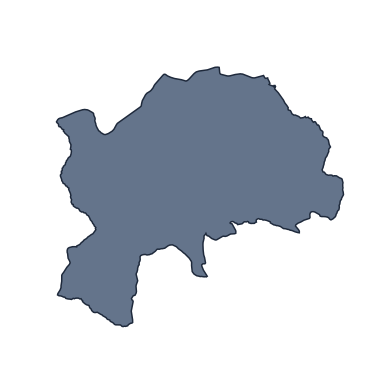 outline of Bumula, Western, Kenya, rotated 80°
{"feature_id": "3690345B11418167735466", "entity_name": "Bumula", "entity_type": "district", "adm_level": 2, "iso_a3": "KEN", "parent_name": "Kenya", "parent_adm1": "Western", "projection": "albers", "projection_center": [34.469, 0.568], "detail": "fine", "context": "isolated", "style": "filled", "palette": "slate", "viewbox_px": 384, "rotation_deg": 80, "n_neighbors": 0, "source": "geoboundaries", "source_scale": "gbopen_adm2", "svg_char_len": 5980}
<svg xmlns="http://www.w3.org/2000/svg" viewBox="0 0 384 384"><g transform="rotate(80 192 192)"><path d="M235.0,50.4L232.8,49.6L230.7,49.4L229.5,48.5L227.2,47.8L226.2,47.3L225.3,46.2L224.0,45.7L221.0,43.3L218.5,43.1L216.0,43.3L214.0,42.6L212.8,42.6L210.3,42.2L209.2,41.7L205.3,42.0L204.3,43.0L203.7,44.2L201.2,46.9L200.7,49.1L200.8,50.4L199.7,51.3L199.3,53.0L199.2,54.8L197.9,57.0L195.5,58.2L195.0,59.5L192.7,60.0L190.5,58.6L189.0,58.0L187.8,57.3L185.3,56.5L184.3,55.7L181.8,54.7L179.9,52.8L177.7,51.5L176.0,50.3L174.8,50.2L173.4,49.7L171.7,47.8L169.1,48.6L164.9,48.7L163.9,49.0L163.1,49.7L162.2,49.9L160.9,52.1L159.9,53.0L158.7,53.5L156.1,52.7L155.0,52.8L153.1,54.6L148.9,55.4L148.0,55.9L147.9,56.9L144.4,58.3L144.0,59.3L144.4,60.4L141.9,61.7L140.6,61.7L140.2,63.0L139.6,63.9L138.4,64.6L138.7,66.0L138.5,67.0L137.4,67.3L138.1,69.4L138.0,72.3L136.2,73.7L134.1,77.0L134.0,78.3L132.3,80.0L130.2,80.5L128.9,81.0L127.9,82.9L126.7,83.0L125.6,82.6L123.2,83.6L120.4,85.1L117.3,86.0L109.3,89.8L104.8,92.7L102.6,91.4L101.5,91.8L101.4,92.8L102.8,93.0L101.7,93.9L101.2,94.7L100.9,95.6L99.5,97.5L98.5,96.4L96.2,96.9L94.1,97.6L92.8,97.7L92.9,99.7L92.0,100.6L89.7,101.3L90.5,110.3L90.2,112.0L89.8,113.2L84.7,121.6L84.0,124.0L83.8,129.0L84.2,134.5L84.1,135.9L83.8,137.2L80.9,143.5L79.7,144.0L74.0,143.6L73.5,144.9L73.2,147.7L74.4,155.6L74.1,163.9L74.4,166.5L74.7,167.5L75.9,169.6L80.2,175.2L81.4,177.2L81.7,178.7L79.6,182.9L77.2,189.5L75.4,193.0L73.4,196.0L71.6,197.7L71.2,199.0L71.9,200.3L79.4,209.6L80.5,210.7L82.7,212.3L84.8,214.6L85.6,216.0L86.9,219.3L88.2,220.9L93.5,225.1L96.7,226.5L97.8,226.8L98.7,227.3L99.4,228.4L111.4,253.5L112.3,254.5L116.7,258.0L118.2,260.0L119.9,264.2L120.4,267.2L120.0,268.8L118.7,270.2L118.0,271.2L116.3,272.3L115.4,273.3L111.4,274.6L109.3,275.0L108.2,274.9L105.7,275.3L104.6,275.3L103.3,274.7L102.1,274.7L99.3,275.4L97.8,275.3L96.8,275.8L93.7,279.5L92.9,280.8L92.1,283.4L92.0,285.5L92.9,292.7L96.3,306.7L96.4,309.2L96.7,310.5L97.5,311.7L99.4,313.3L100.4,312.9L101.1,312.2L102.3,311.7L103.7,311.9L104.7,311.4L104.9,310.3L107.7,308.9L108.3,307.6L109.7,308.1L110.5,307.5L111.6,307.2L116.2,303.7L117.6,303.9L119.3,303.7L120.8,304.0L124.4,303.0L126.5,303.5L128.8,304.4L129.6,303.6L131.1,303.7L133.6,304.5L135.9,305.8L136.3,306.9L137.1,308.1L138.4,309.0L139.5,310.3L140.6,310.7L141.2,311.4L143.0,312.0L144.4,314.2L145.5,314.7L146.1,315.7L148.4,316.1L148.8,317.0L149.8,317.3L150.7,316.9L152.4,318.6L153.5,318.8L157.0,318.2L158.2,318.3L159.7,317.6L161.1,317.4L161.9,316.0L164.1,315.2L164.5,314.2L165.7,313.8L166.8,312.6L168.1,313.0L172.2,312.0L174.5,311.9L175.6,312.5L176.9,312.4L178.6,311.9L180.9,312.8L183.4,312.1L183.7,311.1L185.0,311.3L186.0,310.5L187.8,308.5L188.1,307.4L188.7,306.7L189.6,306.1L190.9,305.9L191.7,305.1L192.5,304.3L192.7,302.8L193.8,301.9L194.2,300.4L196.6,299.3L197.4,298.1L200.5,297.1L201.6,297.0L203.9,295.6L205.4,295.3L207.2,294.3L208.3,294.2L210.2,292.9L211.2,293.5L212.4,293.2L215.9,296.8L216.5,298.7L217.6,300.8L218.0,302.0L219.5,304.0L220.5,306.6L221.5,307.7L223.0,310.3L224.2,311.6L225.1,314.8L226.0,315.1L225.6,316.3L225.1,319.0L225.4,322.6L225.9,323.8L226.6,324.5L227.9,325.1L229.8,325.4L231.1,325.2L235.7,325.5L238.8,324.5L240.6,324.3L242.0,325.3L244.4,328.3L249.1,332.6L249.9,333.6L251.3,334.7L257.3,335.8L261.4,337.2L263.4,337.6L265.6,338.9L268.7,341.7L270.0,342.3L271.1,341.0L271.5,339.4L272.3,337.9L273.1,336.9L273.5,335.5L274.9,334.7L275.8,332.7L276.3,330.8L276.9,329.3L276.1,327.5L276.7,326.4L276.4,325.4L276.5,323.7L276.9,322.1L277.8,321.1L277.8,319.8L278.9,319.6L279.9,318.6L280.9,318.8L283.2,317.1L284.7,315.5L285.9,313.1L287.3,313.0L289.0,312.4L289.8,311.6L291.3,311.4L293.3,309.9L293.9,308.5L294.0,306.1L296.8,302.9L297.2,302.1L298.3,301.4L300.8,298.4L302.0,297.9L302.8,297.2L303.8,295.3L305.2,294.9L306.7,292.9L307.8,291.9L308.8,291.4L309.5,290.4L310.5,285.5L312.2,284.2L312.6,283.2L312.4,282.0L312.8,280.8L312.6,278.6L311.8,277.9L311.1,276.6L310.6,275.0L310.7,274.0L310.2,273.1L307.6,272.7L298.7,272.5L289.7,269.0L288.4,269.2L287.8,269.9L286.3,270.1L283.9,267.8L283.8,266.1L281.9,264.6L280.4,264.0L275.1,263.5L273.9,263.1L270.0,260.9L263.4,261.3L262.4,261.0L261.5,260.2L259.2,259.1L257.7,258.8L255.2,257.6L254.6,256.7L252.1,256.3L251.1,255.4L249.8,254.8L246.7,254.4L245.7,253.5L245.3,252.1L245.2,250.1L245.5,248.5L246.2,247.3L246.3,244.6L245.9,243.3L246.0,242.3L243.9,238.3L242.4,236.5L242.3,235.5L242.7,234.3L242.5,232.0L242.7,231.0L242.6,228.5L240.9,225.1L240.4,223.3L240.6,220.5L243.2,216.8L245.6,215.2L248.2,212.6L250.6,210.8L251.4,209.9L256.7,206.2L260.2,204.7L261.3,204.6L264.4,205.2L270.4,205.6L273.1,204.3L275.3,201.9L276.1,199.8L276.7,198.7L276.8,197.4L277.7,194.7L277.7,193.6L278.1,192.7L277.6,191.6L271.0,194.3L266.8,195.2L265.4,195.1L264.6,193.8L264.9,191.7L264.2,191.0L258.9,191.0L255.9,191.4L251.1,191.1L246.0,190.4L243.7,189.9L239.5,188.1L238.4,188.1L237.0,187.5L236.2,186.3L235.2,185.5L236.4,185.3L237.7,184.6L238.3,183.2L241.2,180.7L243.3,177.4L243.4,176.1L241.0,169.6L241.0,168.4L241.5,167.1L241.4,165.2L240.1,161.4L240.5,157.3L240.3,156.1L238.8,155.7L237.4,155.7L230.3,158.1L229.9,159.1L229.1,159.9L228.3,159.1L228.0,157.6L228.4,156.4L230.0,154.9L230.7,153.3L232.0,152.8L232.0,148.2L230.4,145.7L230.9,143.4L230.6,142.6L231.1,141.6L232.2,141.4L233.2,139.5L233.7,136.0L233.1,135.0L232.8,133.8L231.7,133.9L230.5,133.4L229.9,132.1L229.8,130.9L230.6,129.9L231.1,127.7L232.0,126.9L232.0,125.7L232.8,123.7L234.2,121.3L235.0,120.1L236.0,120.2L238.6,117.1L239.1,115.7L239.8,114.6L240.0,113.4L241.3,110.9L243.9,108.3L244.5,106.1L245.4,104.3L245.8,103.1L246.6,102.1L247.3,100.2L249.1,97.4L250.4,94.7L250.8,93.4L249.2,93.1L247.7,93.6L243.5,96.0L242.4,95.5L241.1,93.0L240.4,89.9L239.2,86.6L238.4,80.9L237.5,80.2L234.7,79.9L233.4,79.3L232.6,78.6L232.2,77.4L232.4,76.0L233.0,74.6L236.4,70.4L238.0,70.0L238.6,69.0L239.4,65.1L240.2,63.1L241.1,61.9L242.7,61.1L243.6,60.0L242.9,57.8L241.2,55.1L240.2,54.4L238.9,53.9L238.0,53.0L236.7,52.4L235.7,51.6L235.0,50.4Z" fill="#64748b" stroke="#1e293b" stroke-width="1.5"/></g></svg>